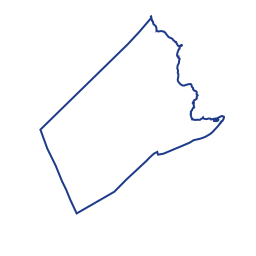 the district of Anoamaa West, Atua, Samoa, rotated 45°
{"feature_id": "51752279B84005486161321", "entity_name": "Anoamaa West", "entity_type": "district", "adm_level": 2, "iso_a3": "WSM", "parent_name": "Samoa", "parent_adm1": "Atua", "projection": "equal_earth", "projection_center": [-171.642, -13.913], "detail": "fine", "context": "isolated", "style": "outline", "palette": "blue", "viewbox_px": 256, "rotation_deg": 45, "n_neighbors": 0, "source": "geoboundaries", "source_scale": "gbopen_adm2", "svg_char_len": 2908}
<svg xmlns="http://www.w3.org/2000/svg" viewBox="0 0 256 256"><g transform="rotate(45 128 128)"><path d="M67.2,191.1L85.7,199.7L103.6,205.8L119.0,212.3L128.1,215.4L132.8,217.4L138.3,219.7L152.1,224.7L163.4,182.7L163.3,165.3L164.3,137.6L164.2,134.6L164.3,130.1L164.6,127.3L165.6,124.2L168.1,125.6L171.2,121.2L173.7,115.1L181.6,95.7L182.2,93.9L183.1,90.0L183.5,89.5L185.1,86.9L186.2,85.3L187.7,82.3L188.8,79.9L189.9,76.0L190.5,73.3L190.6,70.3L190.3,63.2L190.0,60.3L189.8,60.2L189.8,59.1L189.5,58.6L189.9,58.2L189.4,57.8L189.4,56.7L189.8,56.2L189.4,55.1L189.1,53.9L188.6,53.0L187.9,52.2L187.4,52.3L186.6,52.9L186.1,53.0L185.6,53.7L185.1,55.4L184.8,56.0L184.4,57.5L184.1,58.2L183.8,59.1L183.8,59.5L184.3,59.6L184.6,59.3L185.0,58.2L185.9,58.1L186.2,58.5L186.3,59.5L185.9,60.4L184.5,61.7L183.8,62.2L183.5,61.8L184.1,60.7L183.3,59.3L182.7,60.1L181.7,61.6L181.4,62.3L180.6,63.3L179.9,63.1L179.6,63.2L178.8,63.8L178.3,64.3L177.5,65.8L176.8,66.6L176.2,67.1L174.4,67.9L173.6,67.5L173.7,68.6L173.4,69.5L173.1,71.3L171.8,72.6L171.0,73.3L170.4,74.2L169.9,74.6L168.3,76.0L167.2,75.9L167.0,76.4L166.6,76.1L165.5,75.8L164.7,75.3L163.0,74.3L162.5,73.8L162.6,73.5L162.3,73.2L162.1,73.3L161.3,72.3L160.9,72.0L160.8,71.4L160.7,70.6L160.7,70.1L160.4,69.6L159.9,68.2L159.8,67.4L160.2,67.2L160.0,66.5L159.7,66.5L158.7,65.6L158.2,65.3L157.8,65.0L156.6,63.3L156.3,63.2L156.1,63.7L156.8,64.4L156.7,64.7L156.1,64.6L155.9,64.1L156.0,63.1L155.4,62.6L155.2,62.1L155.3,61.2L155.7,60.1L155.8,58.9L155.6,58.2L155.0,57.9L154.5,57.3L154.2,55.9L154.1,55.6L153.6,55.5L153.0,55.8L152.7,55.7L152.1,55.0L151.5,54.2L151.0,54.0L150.4,53.9L149.8,54.0L149.1,54.4L147.9,54.8L147.3,54.5L146.7,54.6L146.3,54.2L145.7,53.7L145.1,53.8L144.1,53.7L143.2,53.2L142.4,52.6L141.6,52.5L141.1,52.7L139.5,54.7L139.2,55.2L139.0,55.9L138.4,56.7L138.1,57.5L137.9,58.0L136.8,59.1L135.9,59.6L134.2,59.9L131.8,59.9L131.0,59.7L130.0,59.4L129.0,58.7L126.8,55.5L126.0,55.0L125.5,54.2L124.1,53.8L123.0,52.2L122.5,51.8L121.2,51.3L120.4,50.7L119.5,49.4L118.9,48.8L118.0,46.0L117.2,45.1L116.7,44.4L115.8,42.8L115.4,42.5L115.0,42.7L114.2,42.7L114.0,42.4L113.7,42.6L113.0,42.5L112.9,41.9L112.5,42.2L112.3,42.1L111.5,42.1L111.0,41.6L110.2,40.4L109.5,39.4L108.9,37.8L108.4,36.8L108.2,36.0L108.4,35.5L107.5,34.4L107.2,33.6L107.4,33.0L107.5,32.4L107.8,31.6L107.6,31.3L107.2,31.3L106.9,32.2L106.5,33.8L106.2,34.2L105.7,34.4L104.4,34.3L102.7,33.9L101.3,33.2L100.7,33.8L99.2,33.6L98.1,33.9L97.0,33.7L96.1,33.6L94.5,34.1L93.1,34.8L92.4,34.9L91.8,35.0L91.1,34.8L89.8,34.8L88.5,34.5L87.4,34.4L86.9,34.2L86.1,34.4L85.3,34.4L85.0,34.7L83.7,35.4L83.1,35.9L82.2,36.8L81.4,38.1L80.6,38.6L79.6,38.7L79.5,39.2L78.9,38.6L77.8,37.6L77.4,37.2L75.9,36.4L75.3,36.4L74.0,36.4L72.7,36.6L71.2,35.8L70.7,35.2L70.3,35.1L69.6,35.2L68.9,35.1L68.3,34.5L67.9,34.7L67.6,34.6L66.3,33.2L65.4,32.8L65.4,33.1L66.1,33.4L66.6,33.9L68.0,52.1L68.6,68.5L67.2,191.1Z" fill="none" stroke="#1e3a8a" stroke-width="2"/></g></svg>